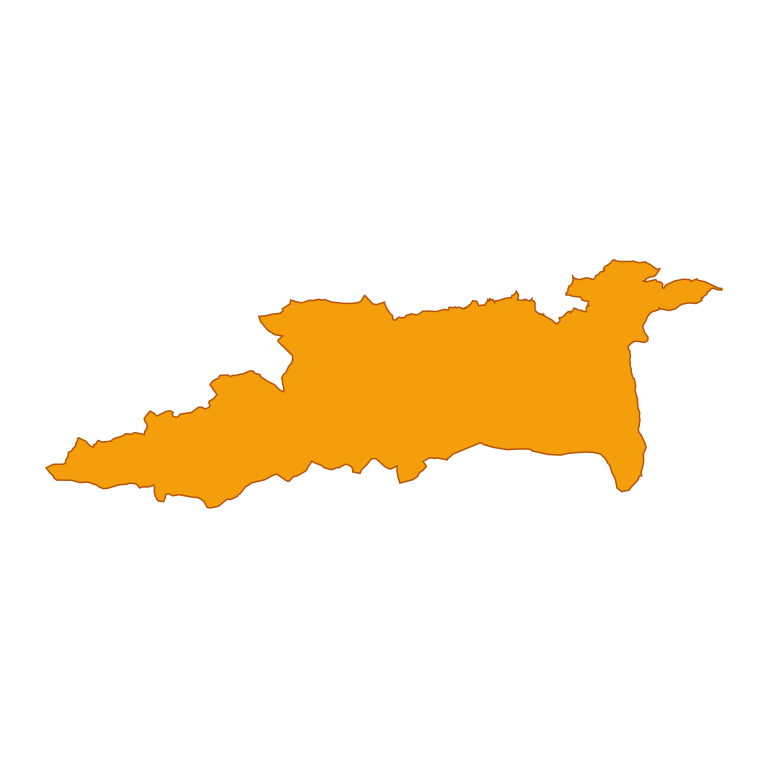 Toplita, Hunedoara, Romania (Robinson projection)
{"feature_id": "2599482B44400437971593", "entity_name": "Toplita", "entity_type": "district", "adm_level": 2, "iso_a3": "ROU", "parent_name": "Romania", "parent_adm1": "Hunedoara", "projection": "robinson", "projection_center": [22.735, 45.666], "detail": "fine", "context": "isolated", "style": "filled", "palette": "amber", "viewbox_px": 768, "rotation_deg": 0, "n_neighbors": 0, "source": "geoboundaries", "source_scale": "gbopen_adm2", "svg_char_len": 6102}
<svg xmlns="http://www.w3.org/2000/svg" viewBox="0 0 768 768"><path d="M617.1,488.2L621.7,491.6L628.6,490.3L629.7,489.5L631.0,487.2L637.6,480.4L639.6,475.9L641.8,475.7L641.0,472.2L642.5,467.4L643.6,461.7L643.5,453.7L646.1,447.5L645.1,443.5L641.9,436.6L638.9,431.8L638.2,428.8L639.1,426.5L639.9,419.9L639.4,416.3L639.7,412.6L637.9,407.8L637.4,398.6L635.0,390.5L635.7,385.9L634.5,379.3L632.6,377.0L631.1,371.1L631.3,369.9L630.0,364.6L630.4,362.5L629.6,360.7L630.5,354.9L629.8,353.5L630.0,351.3L628.1,348.2L628.3,346.0L632.9,342.1L635.8,341.0L643.2,342.3L645.4,342.1L647.7,340.6L648.0,337.3L644.5,332.5L642.6,325.9L645.5,321.4L647.6,316.5L650.1,313.3L652.6,311.6L658.7,309.8L659.1,309.3L659.1,307.7L660.2,308.8L669.3,310.5L675.5,308.8L679.5,305.6L682.5,304.1L689.0,302.9L696.2,303.5L701.3,300.8L702.1,299.8L701.4,298.0L702.4,298.2L703.5,296.5L706.5,294.5L707.3,293.2L707.0,292.1L709.3,291.1L710.7,289.2L713.4,288.1L716.5,289.6L721.5,290.1L721.9,289.8L721.8,288.5L718.5,288.1L704.7,281.7L697.9,280.3L697.0,278.9L690.6,281.3L689.7,279.6L683.1,279.2L675.0,280.9L666.5,284.7L664.6,286.6L664.0,288.3L663.3,288.4L662.5,287.2L662.6,283.8L660.8,282.2L656.8,281.3L655.9,279.6L646.8,281.7L642.4,281.2L645.5,280.3L646.6,278.3L647.8,278.2L649.6,276.9L654.1,276.4L655.9,274.9L660.4,268.0L658.9,269.3L656.4,269.1L650.1,264.4L646.5,262.9L645.5,261.9L639.0,262.8L632.7,261.0L631.2,261.5L619.7,261.5L615.8,260.9L615.0,260.0L612.5,260.2L610.9,262.6L606.5,265.9L605.4,266.0L605.4,266.5L603.5,268.5L603.9,270.2L604.5,270.3L603.9,271.0L600.1,272.1L598.9,274.2L596.0,275.5L594.7,278.5L593.4,279.3L586.5,277.8L579.2,279.6L574.4,278.4L572.8,276.3L573.2,279.5L572.1,283.4L569.9,286.2L569.0,286.1L568.1,288.6L567.6,292.2L566.0,293.2L566.2,295.1L568.8,294.9L573.1,296.4L579.9,296.9L580.6,297.3L582.0,300.0L585.2,301.1L587.9,301.0L588.4,301.7L587.9,304.9L589.4,306.2L587.5,305.7L587.0,306.2L586.2,308.2L586.5,311.9L581.8,310.9L581.3,310.2L578.3,310.3L577.0,309.1L573.9,308.1L573.2,309.9L570.4,312.9L569.9,311.3L568.0,311.8L565.6,313.7L564.1,315.9L561.7,317.5L559.2,317.8L560.1,320.7L557.6,323.6L556.6,323.2L556.1,323.9L552.3,320.3L543.6,315.4L543.9,314.1L543.4,313.8L542.8,315.0L540.2,313.7L539.8,314.3L536.0,311.4L535.0,310.0L535.0,302.7L533.8,301.0L532.0,300.6L532.0,298.6L530.5,300.3L528.5,300.9L525.6,299.2L525.2,300.1L523.7,299.5L521.9,300.6L517.4,299.7L518.3,297.4L518.3,294.5L516.3,291.2L515.4,293.4L514.1,294.8L511.9,295.5L511.5,297.6L504.8,298.4L497.4,300.9L496.4,300.6L494.9,301.3L494.7,302.6L493.0,299.6L491.6,299.9L489.8,298.8L489.9,300.5L489.4,300.7L487.9,299.3L487.6,300.7L488.0,301.2L487.2,301.4L484.3,305.4L482.0,305.0L478.8,305.8L476.8,301.3L472.8,300.8L470.3,304.6L469.1,304.9L468.9,305.9L467.1,306.5L465.9,307.7L464.8,307.8L465.1,308.4L462.3,308.8L462.0,308.1L458.4,307.1L456.4,307.8L455.6,307.0L453.2,307.7L450.1,307.2L449.0,307.4L448.5,310.0L444.1,309.4L436.4,311.5L427.1,311.0L425.5,311.5L423.1,311.0L418.5,314.3L416.4,314.8L410.5,313.8L409.7,314.8L406.2,315.3L404.9,317.4L401.5,317.9L398.7,317.1L396.4,319.2L396.4,319.7L394.0,320.2L392.8,318.7L392.4,315.5L389.9,313.2L386.9,308.6L384.6,303.7L384.5,302.1L376.8,304.6L372.9,304.0L364.9,295.5L364.4,295.6L360.8,301.5L358.2,302.6L351.8,303.4L343.3,303.4L331.4,302.0L324.4,299.5L322.7,300.1L318.8,299.3L311.9,300.7L310.1,300.1L301.9,302.8L296.2,301.8L290.6,300.0L290.2,303.7L282.3,308.9L283.0,310.5L282.8,311.3L280.5,312.7L280.5,313.3L271.9,314.2L265.0,316.0L258.8,316.3L260.6,321.6L267.8,330.3L274.7,334.6L282.5,336.0L278.0,340.2L278.2,341.6L292.2,355.3L292.6,356.3L292.5,360.0L291.5,363.0L288.5,366.7L285.8,372.9L283.6,374.3L281.6,378.4L282.5,380.6L282.6,383.8L283.9,388.1L283.8,391.2L283.1,391.8L280.0,390.2L274.2,384.5L268.0,381.5L261.0,377.0L259.8,374.5L254.5,373.3L254.1,371.8L253.2,371.1L249.5,371.0L243.8,373.6L235.1,375.5L232.8,375.3L230.3,376.7L229.0,375.6L226.7,375.0L219.9,375.5L218.3,378.3L215.3,379.5L212.1,381.6L210.2,384.5L210.2,385.4L212.6,387.8L212.9,389.2L215.8,392.8L216.8,394.8L214.3,398.1L209.1,401.4L208.9,402.7L209.8,405.6L209.4,406.9L208.2,407.8L205.2,408.9L201.5,407.1L198.5,407.3L191.3,412.5L180.2,414.1L178.1,416.6L176.3,417.3L173.0,416.2L172.4,414.4L173.2,412.4L170.1,410.8L166.4,411.3L157.2,415.9L156.0,415.7L154.5,413.6L150.2,411.1L148.1,413.2L144.3,418.3L144.4,420.0L147.5,425.4L146.0,429.8L144.6,431.7L144.4,434.5L135.4,432.7L134.1,432.8L131.9,434.3L125.7,433.7L122.6,436.0L114.2,438.5L110.6,441.1L102.5,442.1L98.0,440.5L96.1,443.6L93.7,444.8L93.9,447.0L93.3,447.3L89.8,445.7L85.7,441.1L78.5,437.8L77.8,438.4L77.4,440.8L75.9,443.4L75.6,446.3L73.0,448.4L71.6,450.9L68.6,452.3L68.0,456.0L65.5,461.0L65.4,463.4L62.4,464.3L53.4,464.3L46.1,467.8L49.8,472.7L52.9,475.5L53.8,477.8L56.8,480.1L71.2,480.2L80.3,482.6L87.7,482.0L97.2,485.3L98.7,486.7L103.3,488.7L107.5,488.3L119.6,484.7L126.2,484.3L129.5,483.2L134.6,483.5L137.4,484.9L139.5,487.9L142.2,486.9L148.5,486.9L153.7,485.2L154.5,486.7L154.3,491.5L155.1,495.4L156.9,499.3L158.3,501.0L163.5,501.7L164.8,498.9L165.9,494.6L166.7,493.9L169.1,493.8L172.5,495.8L178.9,494.7L194.5,497.5L197.3,497.3L200.7,499.0L203.9,501.5L207.1,507.2L210.0,508.0L218.2,506.4L227.1,499.2L230.9,499.4L237.0,496.6L238.6,494.4L240.1,493.7L245.1,487.3L251.9,482.8L264.9,479.7L273.7,474.9L276.9,474.1L285.5,480.1L287.9,481.4L289.0,481.3L293.5,476.6L297.0,476.0L305.4,471.2L307.4,468.8L308.0,466.7L310.4,463.7L311.7,461.1L316.8,463.7L321.1,465.1L324.6,467.8L330.3,469.5L333.3,469.4L336.2,467.8L338.8,467.8L345.3,464.3L347.7,464.6L351.5,466.7L352.3,468.3L352.8,472.0L360.1,473.4L361.4,470.0L367.4,464.0L370.6,459.8L371.8,458.9L375.2,458.5L377.7,460.1L385.1,466.8L388.9,468.7L390.7,469.1L397.1,465.8L397.0,471.4L398.0,476.9L400.0,483.1L412.5,479.8L417.3,476.7L419.3,472.9L423.3,469.9L426.4,466.4L423.2,461.4L427.8,458.7L430.5,457.8L434.2,458.3L437.4,458.0L447.3,459.9L448.0,458.0L448.9,457.9L453.1,454.0L480.5,442.7L483.6,444.5L493.0,447.3L507.1,449.6L520.8,448.9L529.7,449.1L532.5,451.0L548.4,454.5L560.7,455.1L568.7,453.2L586.1,452.0L592.9,452.4L599.3,453.6L601.9,455.0L602.8,456.5L605.1,458.1L607.9,463.4L609.8,465.3L611.8,472.0L615.4,479.5L617.1,488.2Z" fill="#f59e0b" stroke="#b45309" stroke-width="1.5"/></svg>